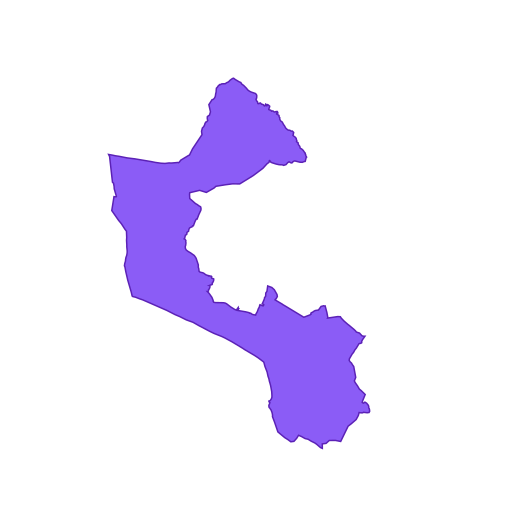 Gairo, Morogoro, United Republic of Tanzania, rotated 302°
{"feature_id": "72390352B71030681800047", "entity_name": "Gairo", "entity_type": "district", "adm_level": 2, "iso_a3": "TZA", "parent_name": "United Republic of Tanzania", "parent_adm1": "Morogoro", "projection": "natural_earth1", "projection_center": [37.057, -6.228], "detail": "fine", "context": "isolated", "style": "filled", "palette": "violet", "viewbox_px": 512, "rotation_deg": 302, "n_neighbors": 0, "source": "geoboundaries", "source_scale": "gbopen_adm2", "svg_char_len": 6150}
<svg xmlns="http://www.w3.org/2000/svg" viewBox="0 0 512 512"><g transform="rotate(302 256 256)"><path d="M128.5,355.1L125.0,359.7L118.4,367.8L117.2,376.6L117.2,380.2L116.9,384.0L118.9,386.4L122.9,387.1L126.5,387.1L127.0,390.2L127.2,394.4L128.2,397.3L128.2,400.9L128.6,404.9L128.5,407.0L127.7,412.2L128.0,414.2L131.8,411.8L134.2,414.7L138.4,415.9L141.7,421.1L143.6,426.1L160.5,424.3L164.2,425.7L170.4,427.6L175.0,427.3L177.9,426.4L178.4,427.7L179.1,428.9L179.6,429.6L180.4,430.0L182.0,433.4L183.2,434.8L184.5,434.7L185.7,433.8L186.6,432.9L187.0,432.0L188.3,431.2L189.0,430.2L189.8,427.8L189.8,425.8L188.9,425.5L188.1,425.0L188.1,423.7L189.6,423.2L196.4,422.0L197.6,416.5L197.9,414.2L199.6,411.0L201.3,407.0L202.2,405.6L205.9,404.9L214.1,397.4L214.8,395.6L215.8,393.7L216.1,392.0L216.8,390.4L218.2,389.7L223.9,389.5L225.8,389.8L228.8,389.6L231.0,389.9L236.2,389.8L236.9,390.4L237.4,391.1L238.5,391.6L239.5,390.9L241.3,390.7L245.7,390.9L245.0,389.8L244.5,388.2L245.5,384.6L244.7,381.4L245.2,380.2L245.6,378.4L246.5,372.2L246.7,370.0L247.5,365.1L248.5,361.2L249.2,359.7L248.0,357.5L241.3,349.6L241.9,349.5L245.6,346.1L250.3,341.1L249.9,340.7L249.7,339.8L247.7,337.9L243.3,337.6L241.1,335.1L239.5,334.2L238.1,333.7L237.3,333.0L236.1,332.8L236.4,332.9L235.7,333.5L234.7,333.0L229.4,329.0L229.1,308.0L229.0,304.3L229.1,304.1L228.9,295.4L229.2,295.3L230.6,295.7L232.9,295.6L234.5,294.2L237.1,289.4L237.7,286.1L236.8,281.8L231.8,284.0L229.8,283.9L226.9,285.5L225.2,285.3L224.2,285.8L220.6,286.4L218.8,286.6L218.9,287.6L218.7,288.5L217.5,288.5L217.2,287.6L216.8,285.2L216.4,285.2L214.3,285.9L212.7,285.9L209.4,286.6L206.6,286.7L205.7,287.0L204.7,284.4L204.5,283.0L204.7,281.9L204.4,281.4L204.5,281.4L204.1,279.6L203.1,276.6L200.1,269.3L202.3,269.3L202.3,268.7L202.9,268.2L199.7,268.0L199.4,266.3L199.4,261.5L199.9,256.5L199.8,255.0L199.2,253.3L195.0,246.3L194.4,244.7L194.7,243.9L195.7,243.1L197.6,240.5L199.5,235.9L200.1,233.6L200.4,234.1L201.2,234.3L202.2,233.6L202.8,233.8L204.6,233.6L205.6,233.2L206.5,232.6L206.3,232.1L207.9,233.2L208.1,233.7L208.9,233.9L209.9,233.2L210.5,233.4L212.3,233.2L213.4,232.8L214.2,232.2L213.7,230.2L214.1,229.6L214.9,229.5L215.2,228.9L215.0,228.3L214.1,226.7L214.4,226.7L213.7,224.5L213.5,223.2L213.7,221.0L213.6,219.8L212.7,217.3L212.8,215.9L215.0,214.1L215.9,213.0L217.9,211.8L222.2,206.6L222.8,205.6L223.7,203.4L224.0,198.9L223.9,196.0L224.1,193.7L225.0,192.1L226.5,191.0L227.8,190.7L229.5,189.9L230.2,189.5L230.9,188.8L231.9,188.4L232.4,187.5L232.6,186.7L232.5,186.0L233.6,186.0L236.2,185.1L237.3,185.7L238.1,185.7L239.1,185.0L239.8,185.0L241.2,185.7L242.8,185.0L244.6,184.8L246.1,185.7L246.8,186.3L247.4,186.2L248.1,186.3L248.4,186.9L252.9,186.0L255.1,185.8L255.8,185.9L256.1,186.5L260.6,185.6L265.5,185.0L266.7,184.5L267.5,183.9L268.4,182.9L268.3,181.2L268.5,178.9L268.4,176.9L269.6,169.4L273.3,166.8L274.6,166.3L281.8,173.4L283.6,180.2L291.4,184.4L293.9,185.1L300.1,192.2L304.8,197.9L308.5,204.0L322.9,211.1L334.1,215.4L340.1,216.5L342.3,217.4L344.0,216.8L344.2,217.0L343.4,219.0L343.6,220.3L344.6,224.2L345.7,227.3L347.1,229.7L347.4,230.6L347.5,231.4L349.4,233.0L351.9,233.4L353.4,234.1L353.5,236.2L353.8,236.9L354.1,237.2L355.5,237.4L356.8,238.1L357.2,238.6L358.8,243.5L359.4,244.6L360.0,245.6L361.7,246.9L362.3,247.6L366.3,246.3L366.7,246.5L367.5,245.0L368.2,244.5L368.6,243.9L368.7,243.5L369.3,243.3L369.7,242.0L370.6,240.0L371.0,237.9L370.8,236.7L371.0,236.2L372.2,235.0L373.0,232.8L374.4,231.6L374.4,229.8L375.5,229.5L376.2,228.5L377.1,227.7L377.6,226.1L377.7,224.0L377.9,223.4L378.8,223.3L379.3,222.8L380.0,222.8L380.6,222.6L380.8,222.3L381.2,220.6L380.7,220.0L380.5,218.8L380.6,218.3L380.5,217.8L380.0,217.2L379.8,215.8L380.2,213.5L381.7,210.8L382.0,209.8L383.5,207.3L383.6,205.4L384.3,204.1L384.7,203.5L385.8,203.0L386.1,202.2L386.7,201.4L387.4,201.0L387.4,198.2L388.1,197.9L388.6,198.1L388.9,198.7L389.3,198.4L389.8,197.4L389.1,196.4L388.1,195.6L387.8,194.9L388.0,193.7L387.7,193.0L387.1,192.6L387.1,192.1L387.4,191.6L387.4,191.1L387.0,189.7L387.0,189.2L387.4,189.0L389.8,188.5L390.3,188.2L390.6,186.2L390.5,185.5L390.2,185.4L389.6,185.7L389.2,185.7L389.0,185.3L389.1,184.9L389.9,184.3L390.0,183.7L389.6,183.7L388.4,184.1L387.9,183.9L387.8,183.5L387.7,183.3L388.2,182.0L387.9,180.6L387.7,180.4L387.7,179.9L388.1,178.8L388.0,178.4L387.2,177.9L386.7,177.7L386.3,176.8L387.6,175.5L387.6,175.0L388.7,173.1L389.1,172.9L389.6,173.0L390.8,172.6L392.4,171.7L393.2,170.7L393.5,169.3L392.5,165.1L392.3,163.1L392.5,160.7L393.1,159.4L394.1,155.2L394.3,152.6L395.1,151.2L394.8,149.5L394.7,144.8L394.9,142.8L394.2,142.1L393.4,141.7L391.4,140.9L389.1,140.4L387.1,139.1L385.9,138.7L383.9,135.8L381.5,134.3L381.6,134.2L380.2,133.8L378.8,133.8L377.3,133.5L375.7,134.3L373.9,135.3L372.3,135.8L369.8,136.9L367.9,137.1L366.2,136.8L365.3,135.9L359.4,135.8L354.1,141.0L350.8,141.9L349.4,141.2L348.3,140.9L346.5,142.0L345.3,143.3L343.5,143.0L342.9,142.4L340.9,142.6L340.1,142.9L338.0,143.1L336.1,142.7L332.9,143.7L330.3,145.9L313.2,145.4L306.3,146.1L305.7,145.6L297.4,141.4L294.8,141.2L294.1,140.9L294.0,140.3L290.0,135.0L288.8,132.9L286.3,129.8L284.3,126.2L282.0,121.0L280.5,117.0L274.2,101.8L270.9,94.7L268.0,87.1L266.5,83.7L265.5,80.9L264.0,77.2L262.8,79.1L242.5,95.2L242.2,96.6L239.8,98.8L237.8,100.2L232.6,106.0L232.3,106.1L231.4,104.9L231.1,104.1L218.1,109.6L213.4,120.6L212.0,124.8L209.2,130.8L208.4,133.0L203.1,136.6L200.7,137.9L196.9,140.6L195.4,141.5L192.0,144.1L190.3,145.1L188.1,146.0L185.8,146.5L183.8,147.3L182.5,148.0L180.0,148.7L178.0,149.6L177.1,150.8L174.0,153.6L167.5,160.1L159.2,169.4L156.4,172.2L156.3,173.0L157.2,175.6L158.0,179.9L158.8,183.3L162.6,209.2L163.4,218.5L164.2,223.3L164.9,230.8L166.4,237.7L166.7,244.8L167.6,256.8L168.1,261.4L169.6,269.6L170.0,273.1L170.5,281.0L170.7,293.8L170.6,295.7L170.9,307.4L170.8,311.8L170.2,318.5L170.0,319.0L167.1,322.1L163.5,326.9L160.3,330.0L158.8,331.9L156.7,333.9L155.5,335.3L153.7,337.2L149.3,341.2L146.2,343.4L144.7,344.3L143.2,344.7L141.3,344.7L140.5,344.4L139.8,343.8L139.2,344.4L139.1,345.4L137.8,345.8L136.7,345.9L135.7,346.3L134.5,347.4L134.3,348.3L133.3,350.5L131.7,352.6L129.9,354.3L128.5,355.1Z" fill="#8b5cf6" stroke="#5b21b6" stroke-width="1.5"/></g></svg>